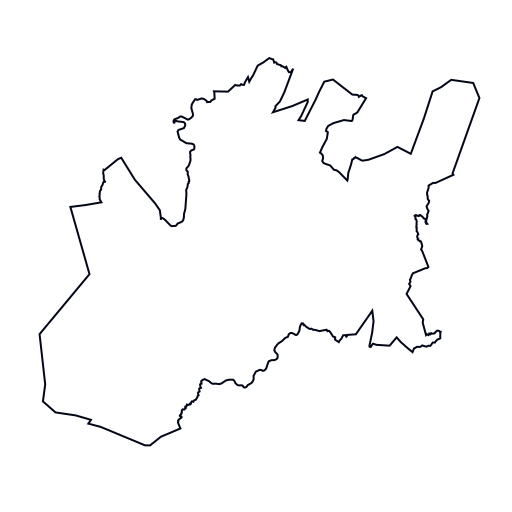 Copalillo, Guerrero, Mexico, rotated 5°
{"feature_id": "50627088B95140334910762", "entity_name": "Copalillo", "entity_type": "district", "adm_level": 2, "iso_a3": "MEX", "parent_name": "Mexico", "parent_adm1": "Guerrero", "projection": "natural_earth1", "projection_center": [-99.014, 17.982], "detail": "fine", "context": "isolated", "style": "outline", "palette": "ink", "viewbox_px": 512, "rotation_deg": 5, "n_neighbors": 0, "source": "geoboundaries", "source_scale": "gbopen_adm2", "svg_char_len": 6078}
<svg xmlns="http://www.w3.org/2000/svg" viewBox="0 0 512 512"><g transform="rotate(5 256 256)"><path d="M47.2,352.7L57.2,402.3L56.4,419.4L69.9,429.3L90.2,430.5L105.9,433.6L103.6,437.6L116.2,439.8L161.9,454.3L167.0,453.9L176.9,444.4L195.7,434.4L192.7,428.6L193.1,427.4L192.7,426.8L193.5,425.5L195.9,423.4L195.8,422.6L194.2,422.1L194.0,421.8L194.3,421.1L195.4,420.1L195.2,419.3L195.8,418.4L195.5,417.0L195.7,415.9L196.4,415.1L197.7,415.3L199.4,413.6L199.3,413.2L198.5,412.6L198.8,412.1L199.8,411.9L200.1,410.1L200.9,410.4L202.1,410.1L202.9,409.0L203.7,409.4L204.0,408.9L204.0,407.8L204.8,406.4L206.2,406.7L206.6,405.5L208.8,404.2L209.0,403.3L209.7,402.3L210.1,401.0L210.2,400.2L210.9,399.8L210.1,397.5L210.4,396.8L211.6,395.9L210.9,393.4L211.1,392.9L212.7,392.1L212.0,391.1L211.5,389.0L211.9,388.1L212.9,387.9L212.3,385.5L213.5,384.2L215.5,383.1L220.1,384.8L222.5,386.5L224.1,387.1L226.6,386.7L230.8,386.8L232.8,385.9L237.2,382.4L240.4,381.5L243.8,381.2L245.2,382.1L246.6,384.5L248.7,386.1L249.9,386.4L253.2,386.1L254.0,386.3L255.2,387.9L256.8,387.9L257.7,387.4L259.1,385.3L262.6,382.9L263.9,380.7L264.4,378.7L264.0,375.7L265.9,371.3L269.5,369.1L271.2,369.1L272.6,369.8L273.9,369.5L275.4,368.1L276.0,367.0L277.5,360.7L278.0,359.7L280.6,358.4L283.0,358.2L284.5,357.6L286.1,356.3L286.4,354.9L286.2,352.8L285.7,351.9L283.7,350.2L282.5,348.5L282.6,346.9L282.9,345.7L284.7,342.7L285.9,341.1L289.2,338.6L292.2,335.1L294.8,333.7L295.5,331.1L296.7,329.9L297.7,329.6L299.4,329.8L302.4,331.2L303.4,331.1L304.3,330.0L305.4,327.7L305.8,326.2L305.9,323.1L306.4,321.0L307.3,319.3L307.7,319.0L308.5,319.0L309.2,320.2L309.4,319.8L312.3,322.2L315.7,324.0L317.6,323.6L319.5,324.6L320.2,324.4L321.7,324.5L325.7,325.3L332.8,323.3L333.7,324.7L335.4,324.2L337.3,326.2L339.7,329.5L342.0,330.1L342.1,330.7L341.8,331.8L342.0,332.4L346.0,334.6L346.7,332.9L348.4,330.7L349.7,327.4L352.9,326.9L352.8,329.2L354.2,326.6L362.3,325.3L376.6,300.4L378.8,310.8L378.4,322.2L376.8,335.7L377.1,336.5L377.6,336.7L378.3,336.5L379.9,333.4L380.4,333.1L383.5,334.0L396.9,333.7L403.2,324.8L407.6,329.0L415.0,334.5L420.3,338.1L421.6,334.1L422.7,333.7L424.0,332.5L427.2,332.3L427.9,331.9L429.4,330.6L433.5,331.5L435.6,330.4L437.6,330.3L439.6,326.8L441.8,326.6L442.2,325.7L443.8,323.6L446.7,322.0L446.3,316.2L446.5,315.4L445.6,315.4L445.0,314.7L443.1,314.5L441.5,316.0L440.9,317.1L440.2,317.7L438.1,318.0L437.2,317.6L436.6,318.8L435.4,318.2L435.2,319.2L434.6,319.8L433.1,319.0L432.3,320.0L427.9,308.0L428.1,304.5L409.3,280.7L412.6,272.5L411.0,270.5L412.1,268.1L411.4,266.2L412.0,265.1L412.9,261.7L413.9,259.5L425.8,253.4L427.4,253.2L428.7,251.9L421.4,237.1L420.6,235.8L419.9,235.2L420.8,231.7L419.3,227.6L419.0,227.2L418.1,227.1L417.9,226.6L416.7,226.3L415.7,225.5L416.1,224.8L415.1,223.7L414.9,222.2L415.1,221.1L415.8,220.3L414.8,218.2L413.8,217.2L413.8,215.0L413.3,214.0L413.6,213.3L413.2,212.7L413.1,211.7L413.3,210.7L413.1,209.7L413.1,207.6L412.5,205.8L411.5,205.1L411.5,203.0L410.6,202.4L410.5,202.0L411.3,201.4L411.8,201.3L414.6,202.1L415.1,201.7L415.4,200.9L416.0,200.9L418.0,202.1L420.2,204.1L421.9,204.3L421.9,207.5L423.0,209.2L423.7,209.0L423.1,208.5L422.9,207.6L422.3,206.9L423.2,201.8L422.9,199.6L423.4,198.6L424.0,195.9L422.5,194.0L421.6,191.6L423.4,188.1L423.7,185.9L422.4,184.7L422.1,184.0L421.7,181.3L421.1,179.7L420.9,177.8L421.9,173.7L422.0,172.1L421.8,170.8L426.1,167.7L428.4,167.6L445.6,157.9L444.6,156.6L464.8,79.2L457.3,64.7L435.1,63.5L425.6,71.7L417.6,76.6L411.3,104.2L401.3,140.7L387.4,135.0L375.1,143.2L359.7,150.3L354.1,151.7L353.0,151.6L348.2,149.5L347.1,149.3L346.5,148.8L346.0,149.6L345.0,150.0L344.6,151.0L343.5,151.4L342.6,157.1L340.7,165.2L340.6,172.0L340.4,172.9L331.8,165.5L329.0,163.7L326.1,163.3L322.1,159.4L316.3,157.9L315.0,157.3L313.7,155.5L314.3,152.8L313.8,150.0L312.1,148.2L310.7,147.5L312.5,142.0L316.3,133.2L316.8,126.4L314.8,125.3L315.2,122.8L316.6,120.1L321.7,116.8L331.8,112.9L339.3,113.2L339.9,112.9L340.3,112.0L340.6,107.1L340.9,106.6L343.8,104.7L344.5,104.0L351.9,89.2L348.0,87.5L347.5,86.6L346.8,86.8L344.6,88.5L344.1,87.3L343.0,86.7L337.9,86.8L317.3,73.5L308.8,76.4L304.7,86.6L301.8,94.9L292.8,117.2L286.5,117.0L288.9,112.4L294.1,98.1L293.9,95.6L278.8,103.6L260.4,111.3L262.5,106.7L262.3,105.1L266.4,99.9L269.9,90.6L276.7,66.1L274.8,69.8L272.7,70.0L271.3,67.9L269.7,64.8L269.0,65.3L268.7,66.1L265.8,64.7L264.8,64.8L264.8,64.3L264.2,63.8L260.3,63.0L259.9,62.1L259.0,61.3L258.4,61.3L257.3,61.8L256.0,58.6L254.8,58.5L251.9,57.7L246.6,62.4L241.1,66.2L237.2,76.7L235.9,78.9L234.1,83.0L232.4,78.5L230.1,83.3L229.1,86.6L227.7,86.7L226.2,86.1L225.1,87.6L222.2,87.8L220.4,87.4L213.8,94.7L199.8,95.6L200.2,96.6L201.1,102.9L197.8,105.1L197.2,106.4L193.9,107.0L193.7,106.2L191.8,104.8L190.0,104.0L188.0,103.8L183.7,105.7L182.7,105.1L181.7,105.1L179.4,109.3L178.8,110.9L178.7,114.3L180.4,118.9L181.0,121.0L180.7,122.3L179.2,124.1L177.3,125.7L176.2,126.1L170.3,123.7L169.0,123.5L168.0,123.8L166.5,125.2L163.0,126.9L162.3,127.8L162.1,128.6L162.3,130.0L162.7,130.4L163.1,130.3L163.3,128.9L164.2,128.3L165.9,128.7L172.1,128.9L173.3,129.6L173.9,130.6L174.1,132.2L173.0,134.9L167.8,137.2L167.0,138.8L169.0,144.5L170.2,146.5L176.8,149.7L181.8,149.7L183.8,150.1L184.6,150.9L185.1,152.2L185.2,154.3L184.8,155.3L182.9,156.2L182.0,156.8L181.2,158.1L182.0,161.6L181.8,162.7L182.3,164.7L182.4,166.8L181.4,171.0L180.8,172.4L179.1,174.7L179.0,175.5L179.3,176.9L180.5,177.7L180.7,178.2L180.8,180.6L181.8,182.6L183.0,186.9L183.0,187.3L182.4,187.9L182.6,189.3L181.8,190.3L181.7,193.3L180.7,196.3L181.3,200.6L181.5,215.3L180.6,220.5L180.8,223.5L180.5,226.0L179.7,227.8L178.9,228.5L175.2,230.4L173.9,232.5L173.2,233.0L169.4,233.6L168.1,233.0L162.2,227.9L160.2,226.6L158.9,226.3L158.5,226.5L158.0,228.2L157.9,226.2L156.2,218.8L150.9,212.4L128.6,190.5L113.2,169.9L110.2,171.4L97.6,183.6L96.6,183.3L96.5,186.8L97.3,189.1L97.6,192.5L98.0,193.1L98.2,194.1L99.1,195.1L98.9,195.4L98.0,195.3L97.4,196.0L96.9,198.6L95.8,200.6L95.9,203.2L95.0,204.8L94.7,207.9L95.0,208.6L94.7,210.4L95.2,211.4L95.3,213.1L97.3,216.0L81.7,220.1L66.8,223.3L91.7,288.6L47.2,352.7Z" fill="none" stroke="#020617" stroke-width="2"/></g></svg>